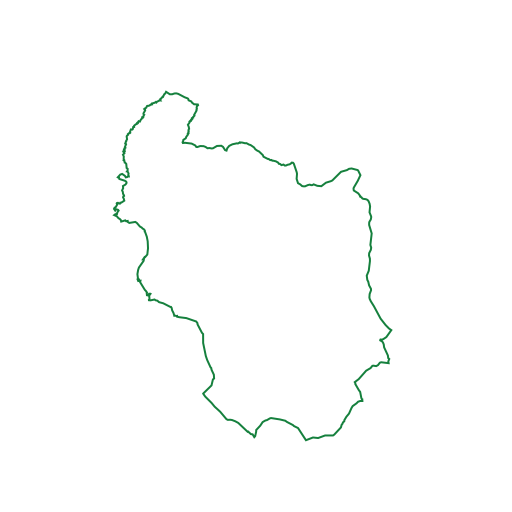 Gasabo, Kigali City, Rwanda (Mercator projection), rotated 47°
{"feature_id": "39286606B27612515465928", "entity_name": "Gasabo", "entity_type": "district", "adm_level": 2, "iso_a3": "RWA", "parent_name": "Rwanda", "parent_adm1": "Kigali City", "projection": "mercator", "projection_center": [30.108, -1.884], "detail": "fine", "context": "isolated", "style": "outline", "palette": "green", "viewbox_px": 512, "rotation_deg": 47, "n_neighbors": 0, "source": "geoboundaries", "source_scale": "gbopen_adm2", "svg_char_len": 6061}
<svg xmlns="http://www.w3.org/2000/svg" viewBox="0 0 512 512"><g transform="rotate(47 256 256)"><path d="M182.9,341.5L184.6,349.5L185.8,351.7L188.4,355.1L191.6,357.4L193.2,357.6L192.5,358.6L194.0,359.2L195.3,357.4L196.1,358.6L204.9,360.4L207.0,360.4L208.4,360.7L208.3,361.0L210.3,362.5L211.3,361.8L210.8,360.1L211.2,359.2L211.7,359.0L212.1,361.1L215.4,363.7L214.7,365.0L216.5,363.4L218.6,359.9L220.0,359.6L221.4,358.6L223.6,358.4L227.3,356.1L235.0,353.3L235.3,352.9L236.4,353.1L238.6,354.4L241.4,355.2L244.0,356.5L244.3,355.9L245.7,355.1L246.0,354.6L246.6,355.1L248.5,353.8L253.9,349.3L263.1,344.4L265.1,344.6L266.2,345.4L275.3,347.9L277.0,347.9L283.6,354.0L294.9,360.9L298.7,362.6L306.5,365.2L307.3,365.1L308.9,366.1L314.1,367.8L317.0,370.2L316.9,371.7L320.3,376.8L320.6,388.4L321.2,388.6L324.2,389.0L333.2,388.7L338.0,389.0L345.5,388.4L355.1,388.9L356.6,388.4L358.1,386.6L359.6,385.4L362.7,383.9L366.0,382.8L378.9,382.0L379.0,381.5L382.8,381.2L384.1,380.1L387.3,380.8L387.2,379.5L384.6,375.7L383.4,374.5L383.0,368.6L382.0,364.4L382.7,361.3L383.5,359.9L384.2,356.7L384.8,355.5L391.8,350.0L396.5,346.9L398.3,346.6L404.8,344.3L406.3,344.2L410.5,342.6L424.8,345.1L427.6,338.1L431.5,334.7L434.4,327.8L439.8,322.0L440.0,320.6L439.3,310.8L437.8,308.4L437.7,307.2L437.0,305.9L437.1,304.2L436.3,303.3L435.2,299.5L434.7,295.5L432.3,289.8L431.7,287.7L432.3,283.0L432.2,280.7L433.1,278.7L434.6,277.1L433.4,276.1L433.2,276.3L431.7,275.8L426.4,272.5L424.4,272.3L417.4,270.7L416.8,270.1L415.6,269.8L416.1,264.9L415.0,253.7L416.1,248.7L415.7,245.8L416.2,245.0L418.5,243.2L419.0,241.2L418.5,238.2L419.1,236.9L424.8,232.1L423.3,231.1L422.2,228.8L420.8,228.9L418.7,227.4L410.2,224.6L407.8,222.9L406.0,222.2L404.5,222.0L402.4,222.7L402.2,222.5L402.0,221.9L402.9,221.1L403.6,219.7L404.2,216.0L402.5,207.6L399.6,208.2L394.8,208.3L386.8,207.6L373.1,204.0L367.4,202.9L364.9,202.1L363.6,201.3L361.3,198.8L359.5,195.2L358.4,194.3L354.6,193.3L351.3,191.4L349.4,190.9L345.9,188.4L343.7,183.6L337.4,176.1L335.6,174.5L332.7,173.0L331.1,171.3L329.8,167.8L328.5,166.1L325.9,164.8L318.4,156.0L310.5,152.1L308.9,150.6L308.3,149.7L307.6,147.2L306.4,145.5L305.6,144.8L301.5,143.2L297.6,138.8L295.3,137.3L292.7,136.3L291.0,136.2L289.4,136.9L287.2,138.7L286.2,139.0L285.3,138.8L283.7,139.3L283.6,138.9L279.9,138.5L274.8,139.8L273.3,138.8L272.7,137.9L270.4,130.2L268.1,124.5L263.1,123.0L262.4,123.1L257.2,126.4L255.7,128.5L255.2,130.9L252.4,136.4L252.8,148.7L252.3,150.3L250.1,154.8L249.5,160.6L246.5,163.3L242.9,165.0L242.6,166.4L241.7,167.4L240.5,168.0L239.5,169.7L238.5,172.6L237.5,173.7L236.3,174.6L233.8,174.8L231.4,175.6L227.3,173.7L223.9,170.0L222.5,169.1L214.3,165.4L213.1,165.3L212.1,166.1L212.1,166.6L212.3,166.6L211.9,168.9L210.8,170.7L210.2,172.5L209.4,173.3L207.9,173.5L206.9,175.4L205.2,175.6L204.1,176.4L202.9,176.1L200.3,176.9L197.6,178.7L197.4,179.1L196.3,179.2L195.6,180.2L193.6,180.6L193.0,181.2L188.5,182.8L186.9,182.2L181.6,182.5L179.9,183.2L177.5,183.7L175.2,183.4L171.1,184.3L169.8,185.1L167.0,186.0L166.1,187.1L163.8,188.6L161.9,190.3L162.1,190.6L161.8,190.7L161.4,192.5L160.5,193.2L158.2,197.1L157.2,200.5L157.6,203.6L158.8,205.7L157.5,206.4L153.7,205.7L151.7,206.2L148.9,209.5L147.9,214.0L147.1,215.1L145.3,216.4L144.1,218.0L141.8,218.5L139.8,219.5L137.5,221.9L136.3,224.6L135.5,225.3L133.8,225.0L129.9,226.4L124.9,230.6L123.5,232.4L122.7,232.1L122.6,231.4L121.5,229.9L122.0,227.1L121.3,225.8L120.8,223.1L120.2,222.7L120.3,222.0L119.8,222.0L119.4,220.7L118.8,220.1L118.5,220.2L117.5,218.9L117.4,218.2L115.7,217.1L113.6,216.3L113.1,213.8L112.7,212.8L112.3,212.8L112.3,211.9L112.7,211.5L112.2,211.1L112.0,210.2L112.1,209.8L112.5,210.1L112.5,209.9L111.7,209.1L112.1,208.8L111.6,208.2L111.9,207.5L111.4,207.1L111.4,205.3L110.6,205.0L109.1,200.3L108.6,200.1L108.0,198.8L107.2,198.5L106.2,197.1L106.2,195.5L105.5,195.2L102.8,197.8L100.1,198.2L98.9,197.9L96.2,199.1L94.8,198.4L94.1,198.5L91.3,199.9L84.4,202.3L82.8,203.3L81.5,204.8L80.5,207.1L79.0,208.7L74.6,209.8L75.3,211.7L75.1,212.7L76.2,215.5L75.8,215.7L76.1,217.4L75.9,218.7L76.4,219.0L76.3,219.8L77.0,219.9L76.5,220.4L75.6,223.4L75.8,224.1L75.0,224.2L74.9,225.6L74.6,225.8L74.0,227.3L74.0,228.4L73.5,228.3L73.5,228.7L74.1,228.9L73.3,230.3L73.4,231.0L72.8,232.3L72.1,233.1L72.0,233.6L72.7,235.1L72.3,236.8L73.0,237.2L72.7,237.6L74.0,237.9L74.9,241.0L76.2,241.9L76.5,241.7L76.9,242.9L77.5,243.6L77.0,244.3L77.6,244.6L77.3,245.2L77.7,245.8L77.7,247.2L78.5,249.2L77.4,249.9L78.0,251.1L77.6,251.1L77.6,252.4L78.2,253.2L77.7,254.1L77.6,256.3L78.5,257.1L77.9,257.8L79.2,259.7L79.2,260.2L78.1,261.2L79.4,263.7L80.1,263.9L80.1,264.6L79.5,265.4L79.5,266.6L80.1,266.9L80.1,268.6L80.4,269.1L82.7,270.7L83.3,272.6L83.6,272.7L83.9,273.9L84.6,274.3L84.7,275.0L85.7,274.9L86.9,277.6L87.6,277.7L87.4,278.2L88.1,278.8L87.9,279.3L88.6,279.7L88.3,280.1L89.2,280.6L89.1,281.1L89.6,280.9L89.6,281.5L90.1,281.2L90.2,281.6L89.9,281.8L91.0,282.1L90.9,282.8L91.3,283.4L91.2,284.2L93.0,284.8L95.0,286.8L95.8,286.9L95.8,287.5L96.6,287.4L98.1,288.3L98.5,288.0L100.2,288.1L103.4,290.6L104.7,290.4L106.0,291.7L106.2,292.7L106.8,292.3L108.7,292.9L109.2,293.7L111.1,294.8L110.3,295.7L110.4,296.4L109.7,297.6L108.0,297.2L104.7,297.9L103.9,299.7L104.2,303.4L104.9,303.2L105.2,302.7L106.5,303.4L111.5,300.6L113.1,300.2L114.0,300.6L114.5,301.3L114.7,302.9L114.1,305.6L115.8,306.9L116.7,309.2L118.3,309.7L119.8,310.8L121.7,311.2L122.1,311.5L121.9,312.3L122.4,313.2L123.9,313.6L125.7,314.6L125.1,318.2L124.5,318.8L124.9,319.8L124.3,320.4L122.9,320.7L122.4,321.7L122.5,322.0L123.6,322.4L123.9,323.0L124.7,325.7L124.2,326.4L124.7,327.7L126.7,328.0L126.4,326.9L126.8,326.2L128.2,325.4L129.1,325.5L129.5,327.6L130.5,329.1L130.0,329.5L130.1,330.5L129.5,330.6L129.4,331.8L132.1,330.7L134.4,330.8L136.5,330.3L137.7,330.4L138.9,331.1L140.8,327.3L141.9,327.3L142.8,326.0L143.4,326.6L145.4,326.1L148.8,321.0L150.6,320.6L155.3,320.8L157.2,320.2L158.7,320.2L159.8,319.8L161.5,319.9L162.2,320.7L162.5,320.6L167.4,322.7L171.4,325.2L176.7,329.7L180.8,334.5L181.2,337.9L180.8,338.1L181.4,340.8L181.9,340.2L182.9,341.5Z" fill="none" stroke="#15803d" stroke-width="2"/></g></svg>